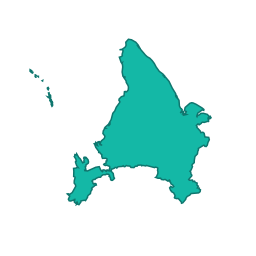 SVG path tracing the border of India, rotated 159°
{"feature_id": "IND", "entity_name": "India", "entity_type": "country or territory", "adm_level": 0, "iso_a3": "IND", "parent_name": "Asia", "parent_adm1": "", "projection": "albers", "projection_center": [83.514, 21.122], "detail": "fine", "context": "isolated", "style": "filled", "palette": "teal", "viewbox_px": 256, "rotation_deg": 159, "n_neighbors": 0, "source": "natural_earth", "source_scale": "50m", "svg_char_len": 5842}
<svg xmlns="http://www.w3.org/2000/svg" viewBox="0 0 256 256"><g transform="rotate(159 128 128)"><path d="M46.8,107.8L48.1,107.3L50.0,107.4L50.2,105.5L50.6,105.3L50.8,105.6L54.9,105.9L56.2,106.7L57.4,106.6L57.9,106.1L60.2,105.5L60.5,105.5L60.6,106.3L61.4,106.7L63.3,105.8L63.0,104.7L63.5,104.0L61.6,99.2L61.7,97.6L59.6,97.2L58.8,95.8L59.4,92.1L56.0,90.3L56.3,87.9L58.5,85.9L60.1,83.6L61.6,82.7L62.8,83.3L63.0,84.4L63.6,84.8L69.6,83.7L70.1,82.3L71.1,81.4L72.5,78.9L75.7,77.4L77.6,74.2L78.6,71.9L81.0,71.0L81.7,70.2L81.6,68.9L84.1,66.2L85.7,65.4L85.2,64.4L85.7,62.7L85.3,61.1L85.6,60.5L89.8,58.2L89.4,57.2L86.5,56.3L86.5,54.7L84.9,54.5L84.7,53.1L83.2,51.8L84.1,49.9L83.2,48.5L84.7,47.2L83.0,46.3L83.4,45.3L82.5,44.4L83.5,42.7L85.3,42.1L92.6,44.2L94.3,43.2L97.3,42.9L99.4,41.4L99.7,40.7L103.7,38.5L105.0,38.6L104.8,40.0L106.3,44.1L108.1,44.7L109.6,46.0L109.6,46.5L108.3,47.8L108.6,51.0L110.3,53.1L110.1,53.8L110.6,54.5L110.6,57.2L109.0,58.1L107.9,56.6L106.2,57.0L106.7,58.9L107.9,60.5L107.7,61.9L108.2,62.7L107.8,63.6L107.9,64.5L109.1,64.5L109.3,64.0L109.8,64.1L111.8,66.7L113.4,66.9L115.3,68.0L115.5,69.4L118.1,70.4L119.9,72.0L119.0,72.2L116.5,74.7L115.7,76.6L115.6,78.0L114.7,79.3L114.6,80.3L116.5,81.7L117.4,81.5L124.3,86.5L125.0,86.2L127.6,87.8L128.8,87.8L129.1,88.8L132.2,89.7L133.0,89.1L135.1,89.7L136.6,88.9L139.4,90.1L139.9,91.8L142.3,92.9L143.0,93.6L144.8,93.0L145.5,93.3L146.0,94.5L147.2,94.2L151.1,95.4L152.8,94.6L153.2,95.4L154.3,95.8L155.0,95.4L157.4,95.3L158.3,95.6L159.1,93.4L158.1,90.9L158.9,87.0L158.6,86.0L158.8,85.7L161.2,84.7L162.4,85.2L162.7,86.1L162.2,88.3L163.0,89.6L162.2,90.5L162.9,91.8L164.6,92.7L165.6,92.4L168.0,93.3L170.0,92.8L171.2,91.9L173.4,92.6L176.4,92.3L177.1,91.8L178.5,92.2L180.3,91.7L180.7,91.3L180.2,90.2L180.6,89.0L180.1,88.0L178.7,88.1L177.9,87.4L178.0,86.1L179.9,86.2L180.6,85.7L183.0,85.1L183.7,84.4L183.4,83.9L183.7,83.4L185.5,82.1L186.6,80.2L189.3,79.4L190.4,78.5L190.6,77.8L193.7,75.4L194.6,76.2L198.0,76.8L198.6,75.7L201.3,74.0L202.5,75.2L203.2,75.1L202.0,76.2L202.1,77.2L203.7,76.3L204.6,78.0L203.2,80.4L203.8,80.6L204.9,79.9L205.9,80.4L207.5,80.3L209.0,81.1L209.2,82.9L206.8,85.3L208.3,88.2L207.5,88.1L206.2,87.0L203.2,87.7L197.7,92.3L197.4,93.9L198.0,95.8L197.1,98.0L195.2,100.6L195.1,101.2L196.1,102.2L194.1,107.0L193.3,109.8L190.8,109.2L189.7,109.5L188.7,108.9L189.4,111.3L189.3,114.8L189.0,115.5L188.2,115.5L187.8,117.6L188.4,120.6L187.8,120.9L187.1,122.2L186.0,121.4L185.2,122.4L184.5,118.0L183.7,116.5L182.8,111.7L181.0,111.8L181.1,112.9L180.1,114.4L180.2,115.8L179.5,116.4L178.8,116.0L178.3,115.0L178.0,115.0L178.0,115.8L177.7,115.6L176.7,112.7L177.0,110.5L177.7,109.4L180.5,108.6L180.9,107.5L181.7,107.2L182.3,104.1L183.5,104.3L183.6,103.7L181.2,102.4L172.2,102.9L168.7,102.2L168.5,98.1L167.6,96.4L167.1,96.6L167.0,97.7L166.0,97.7L164.9,97.1L163.9,95.3L163.4,95.5L163.7,96.3L162.9,96.3L162.1,96.1L161.7,95.2L160.3,94.4L160.2,94.9L160.7,95.6L159.2,97.4L158.9,98.7L161.2,100.9L162.7,101.1L163.8,102.5L163.1,103.1L161.1,103.1L160.3,105.0L159.4,104.9L158.7,106.7L159.4,107.6L162.7,108.8L162.7,110.6L162.0,112.7L163.0,114.1L163.0,115.3L164.1,115.7L163.7,116.6L165.0,121.4L165.0,123.6L164.5,123.6L165.2,125.4L164.3,125.4L164.0,124.8L163.4,125.9L163.1,124.9L163.3,123.2L162.7,122.5L162.5,125.4L161.7,125.7L160.8,124.9L160.6,125.7L159.8,125.7L159.4,125.3L160.2,122.5L159.0,121.7L158.7,121.0L158.8,121.8L160.0,122.6L158.8,124.5L157.3,125.6L154.0,126.7L152.6,128.4L152.6,129.2L153.4,131.8L152.1,134.2L150.7,135.2L150.0,136.2L149.2,135.9L149.6,136.4L149.1,136.9L145.4,138.3L144.9,138.3L145.3,137.9L145.0,137.1L143.5,137.9L143.1,138.9L144.2,138.4L144.6,138.7L140.7,141.9L136.9,147.2L134.2,148.7L131.5,151.6L126.6,154.8L126.1,155.8L126.6,156.8L126.0,158.2L123.0,159.6L120.2,159.5L118.3,163.2L117.4,163.1L117.1,162.5L116.3,162.3L114.2,163.4L113.0,165.8L112.7,167.4L113.3,171.2L112.9,172.8L114.0,177.4L113.1,176.0L112.5,176.6L114.2,178.2L113.4,182.4L111.1,186.8L110.4,189.3L110.6,190.1L109.9,191.0L110.6,190.8L110.9,191.7L110.7,197.2L108.8,197.1L107.4,197.5L107.1,198.9L105.0,201.7L104.9,202.4L105.5,203.2L107.9,204.1L105.2,203.6L101.7,204.5L100.2,205.8L99.3,208.9L95.8,210.7L93.1,209.1L90.0,205.3L88.8,201.9L88.4,198.9L89.0,199.5L89.1,201.3L89.6,201.4L89.0,198.9L88.1,197.9L88.2,197.2L85.6,189.8L84.5,187.6L82.6,185.3L81.2,182.0L80.3,178.7L79.9,175.0L78.5,169.7L76.1,165.9L75.3,163.8L76.1,163.9L75.2,162.7L75.6,162.2L74.7,161.8L73.0,156.9L72.4,149.5L71.2,143.0L72.1,140.6L71.9,139.8L71.1,140.9L70.9,140.2L71.1,138.8L72.1,139.0L71.0,138.4L71.1,137.4L70.7,137.0L70.5,135.4L72.1,130.1L71.8,127.3L71.2,126.9L70.9,125.6L71.5,125.0L70.8,125.0L73.8,123.4L70.5,123.5L70.9,122.4L71.6,121.8L70.5,121.7L70.8,120.6L72.3,120.2L68.7,119.7L69.4,120.3L69.2,120.9L67.7,122.5L68.7,123.2L68.8,124.4L67.3,126.7L61.4,128.9L59.6,128.8L58.3,128.1L55.9,125.7L51.6,120.1L50.5,118.1L51.0,117.3L52.2,118.3L57.5,116.9L59.6,114.4L59.5,113.8L58.6,114.7L57.3,114.6L54.7,115.5L52.3,114.7L49.1,112.3L48.1,109.8L50.3,108.2L47.1,109.5L46.8,107.8ZM189.8,188.2L189.5,188.2L188.6,186.2L189.3,184.1L190.0,183.9L189.5,181.9L190.0,176.8L190.4,175.9L191.2,175.5L191.3,176.4L191.0,176.9L191.3,177.6L190.3,179.4L190.8,179.9L191.1,181.9L190.4,182.6L190.5,183.8L189.8,185.4L190.2,186.1L189.8,188.2ZM199.1,216.1L198.5,217.5L197.3,215.9L197.4,214.9L198.3,214.5L199.1,216.1ZM188.8,194.4L188.0,194.5L187.8,193.3L188.8,192.3L189.2,193.5L188.8,194.4ZM195.6,210.7L195.2,210.7L194.9,209.9L195.2,209.9L195.6,210.7ZM196.2,209.6L195.8,209.8L195.8,208.5L196.1,208.6L196.2,209.6ZM197.7,213.8L197.1,214.4L196.8,214.1L197.4,213.5L197.7,213.8ZM191.2,202.9L190.6,203.0L190.9,202.5L191.2,202.9ZM189.7,189.2L189.1,189.2L189.3,188.4L189.7,188.7L189.7,189.2ZM191.5,185.0L191.8,185.8L191.1,185.2L191.5,185.0ZM193.3,207.9L193.8,208.7L193.1,208.4L193.3,207.9ZM189.4,179.4L189.2,180.3L189.3,179.3L189.4,179.4Z" fill="#14b8a6" stroke="#0f766e" stroke-width="1.5"/></g></svg>